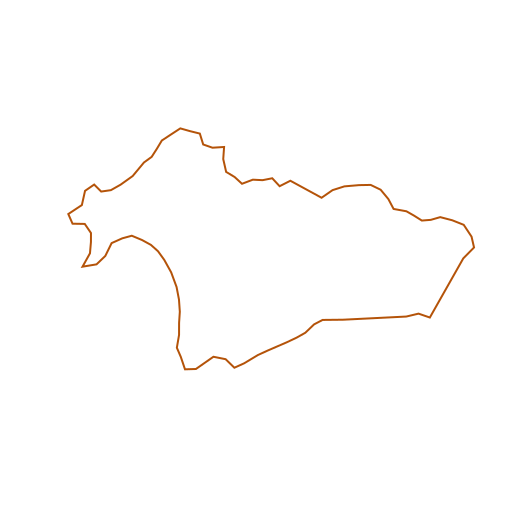 Penha, Santa Catarina, Brazil, rotated 211°
{"feature_id": "56859067B78825911007655", "entity_name": "Penha", "entity_type": "district", "adm_level": 2, "iso_a3": "BRA", "parent_name": "Brazil", "parent_adm1": "Santa Catarina", "projection": "albers", "projection_center": [-48.64, -26.804], "detail": "fine", "context": "isolated", "style": "outline", "palette": "amber", "viewbox_px": 512, "rotation_deg": 211, "n_neighbors": 0, "source": "geoboundaries", "source_scale": "gbopen_adm2", "svg_char_len": 1227}
<svg xmlns="http://www.w3.org/2000/svg" viewBox="0 0 512 512"><g transform="rotate(211 256 256)"><path d="M334.0,322.2L339.5,333.0L349.1,326.4L358.7,324.4L367.2,332.0L377.0,329.0L386.6,326.4L391.5,316.3L396.2,306.5L396.2,296.8L396.5,287.2L400.2,278.5L402.9,261.0L408.8,247.4L414.3,237.7L421.9,231.5L431.5,233.9L436.1,223.8L431.5,210.0L438.5,195.3L429.9,189.2L419.3,195.3L409.3,190.7L404.7,183.0L399.7,172.8L399.2,157.5L388.4,166.7L385.2,178.4L386.4,192.7L379.7,202.3L372.9,209.4L361.9,211.0L351.8,211.4L342.4,209.6L332.6,205.4L320.3,198.3L308.1,188.5L299.6,179.0L292.6,169.0L287.5,159.1L281.3,148.7L276.6,136.6L268.5,130.8L258.5,122.3L249.3,128.2L245.2,137.4L240.6,147.7L228.9,151.9L217.0,149.1L210.9,157.9L203.3,172.2L197.4,180.8L191.9,188.5L185.3,197.7L179.1,207.0L174.2,215.6L171.0,227.3L166.0,235.5L148.6,246.2L96.0,281.5L87.0,290.3L75.3,292.8L77.1,360.7L73.5,375.6L81.2,383.6L94.0,389.7L106.2,387.7L118.1,384.2L124.8,377.0L132.1,371.8L141.4,372.0L150.1,371.8L162.3,367.2L171.9,373.0L183.3,377.0L194.3,376.0L204.2,369.8L216.1,361.2L224.3,351.9L229.8,339.7L265.3,338.2L271.7,328.0L282.1,331.0L289.4,324.4L298.0,319.8L305.2,310.7L315.0,312.7L324.9,312.7L334.0,322.2Z" fill="none" stroke="#b45309" stroke-width="2"/></g></svg>